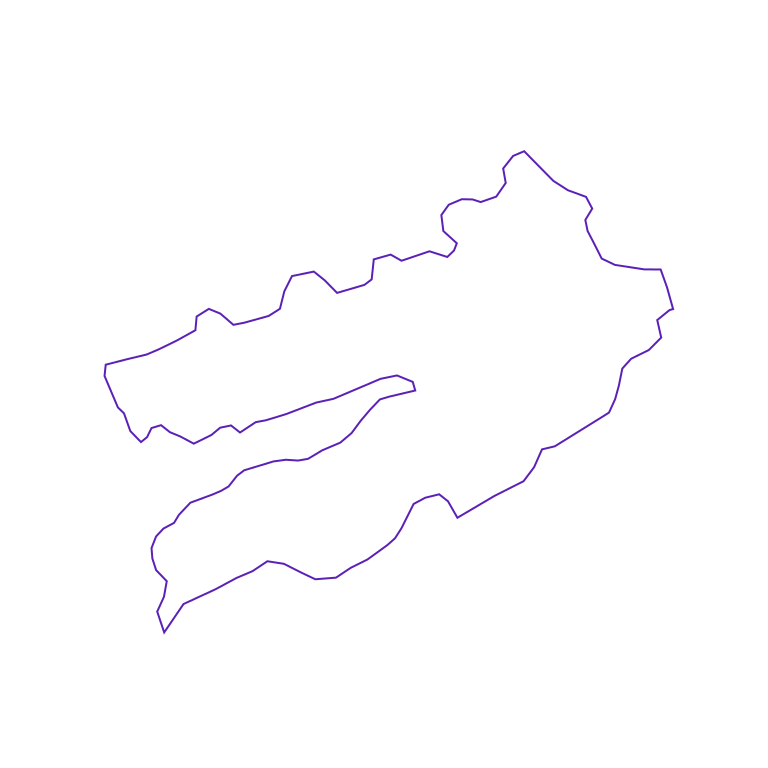 Gangjin-gun, South Jeolla, South Korea, rotated 67°
{"feature_id": "91817680B37660936440541", "entity_name": "Gangjin-gun", "entity_type": "district", "adm_level": 2, "iso_a3": "KOR", "parent_name": "South Korea", "parent_adm1": "South Jeolla", "projection": "robinson", "projection_center": [126.77, 34.612], "detail": "fine", "context": "isolated", "style": "outline", "palette": "violet", "viewbox_px": 768, "rotation_deg": 67, "n_neighbors": 0, "source": "geoboundaries", "source_scale": "gbopen_adm2", "svg_char_len": 1887}
<svg xmlns="http://www.w3.org/2000/svg" viewBox="0 0 768 768"><g transform="rotate(67 384 384)"><path d="M428.0,88.6L405.5,85.7L386.7,84.6L380.1,99.8L364.6,124.9L353.6,134.6L337.0,135.7L322.7,136.8L311.7,134.6L303.9,123.8L290.7,124.9L277.5,139.0L263.1,148.8L235.5,159.7L224.5,164.0L224.5,176.0L232.2,190.1L246.5,193.4L255.4,207.5L254.3,223.9L248.7,230.4L244.3,240.2L244.3,253.1L244.3,254.4L250.9,265.2L266.4,269.6L282.9,262.0L288.5,267.4L291.8,276.1L279.6,290.3L277.4,319.7L267.5,327.3L265.3,344.7L282.9,354.5L285.1,363.3L281.8,391.6L265.3,398.1L253.1,404.7L248.7,426.5L259.7,439.5L274.1,450.4L276.3,463.5L273.0,488.6L270.7,499.5L255.3,507.1L246.4,515.9L248.7,530.1L260.8,536.6L263.0,557.3L264.1,578.1L264.1,591.1L260.8,610.8L257.5,632.6L267.4,638.1L301.6,638.1L309.4,634.8L328.2,635.9L342.5,630.4L340.3,622.8L333.7,615.2L334.8,605.3L344.7,599.9L352.5,592.2L364.6,582.4L363.5,562.8L360.2,551.9L362.4,541.0L372.4,535.5L369.0,517.0L371.2,507.1L372.4,496.2L373.5,485.3L374.6,453.7L377.9,436.3L377.9,421.0L377.9,404.7L377.9,391.6L377.9,385.1L381.2,368.7L393.3,356.7L402.2,357.8L397.7,384.0L396.6,393.8L402.2,406.8L408.8,419.9L416.5,433.0L420.9,447.2L420.9,466.8L423.2,483.2L420.9,493.0L415.4,503.9L412.1,515.9L408.8,546.4L411.0,555.1L417.6,567.1L418.7,575.9L418.7,585.7L417.6,608.6L424.3,623.9L429.8,631.5L430.9,643.5L435.3,653.4L444.2,662.1L454.1,665.4L466.3,666.5L480.6,661.0L493.9,669.7L504.9,681.7L526.8,683.4L508.2,654.5L507.1,619.5L504.9,595.5L504.9,578.1L501.6,560.6L510.4,546.4L525.9,533.3L536.9,523.5L543.5,503.9L540.2,486.4L539.1,467.9L533.6,443.9L530.3,434.1L523.6,424.3L506.0,403.6L504.8,390.5L507.1,376.3L517.0,370.9L535.8,368.7L530.2,326.2L528.0,293.5L519.2,278.3L505.9,264.1L508.1,251.1L499.3,194.5L498.2,188.0L488.2,177.1L477.2,168.4L462.9,158.6L457.3,146.6L456.2,127.0L449.6,110.7L431.9,107.5L427.5,92.2L428.0,88.6Z" fill="none" stroke="#5b21b6" stroke-width="2"/></g></svg>